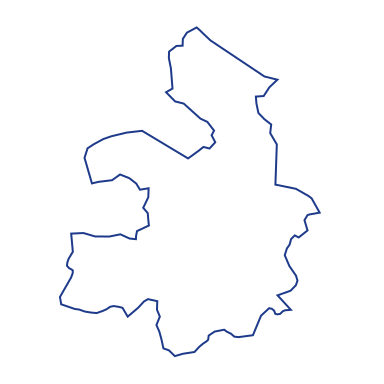 the border of Madona, rotated 272°
{"feature_id": "LVA-1087", "entity_name": "Madona", "entity_type": "Municipality", "adm_level": 1, "iso_a3": "LVA", "parent_name": "Latvia", "parent_adm1": "", "projection": "mercator", "projection_center": [26.234, 56.844], "detail": "fine", "context": "isolated", "style": "outline", "palette": "blue", "viewbox_px": 384, "rotation_deg": 272, "n_neighbors": 0, "source": "natural_earth", "source_scale": "10m", "svg_char_len": 1831}
<svg xmlns="http://www.w3.org/2000/svg" viewBox="0 0 384 384"><g transform="rotate(272 192 192)"><path d="M356.6,190.9L354.0,194.1L349.8,198.7L344.1,205.2L310.0,260.3L307.2,273.4L299.4,265.7L290.4,260.3L289.6,252.5L282.7,253.3L273.3,255.6L267.3,261.8L262.2,268.8L253.6,268.1L242.5,275.1L202.3,275.1L198.8,295.8L192.0,308.7L189.8,311.8L175.8,320.3L173.8,310.8L173.0,308.3L167.8,305.4L157.6,308.8L150.3,300.2L152.2,296.2L148.4,292.7L142.6,291.3L138.9,288.8L132.0,286.9L121.4,291.9L112.1,298.8L107.1,300.5L102.5,299.1L96.8,294.0L91.7,281.1L77.7,294.9L77.0,288.9L75.8,286.7L73.3,284.4L72.7,281.5L73.2,279.5L76.3,278.2L78.0,276.0L78.6,273.2L70.8,265.3L51.0,257.9L48.6,243.7L48.9,239.4L51.8,235.8L53.5,231.9L55.5,229.0L53.3,219.5L49.1,213.7L44.9,213.3L43.3,211.8L40.8,208.3L37.7,204.8L32.2,200.1L30.0,188.5L27.4,180.6L33.0,174.4L34.7,168.9L43.7,166.6L51.4,164.2L57.8,161.1L66.3,164.2L73.2,161.1L81.7,161.1L83.4,151.7L80.9,147.8L74.5,142.3L65.2,132.1L73.8,126.6L74.6,123.2L75.3,117.7L74.4,114.1L71.9,110.8L70.1,107.1L67.7,101.0L68.0,95.3L68.8,89.0L70.6,83.3L71.0,79.0L75.2,65.2L82.5,63.7L102.4,74.2L106.7,75.6L109.5,75.6L110.6,73.9L111.6,71.8L113.9,69.6L117.2,69.9L120.7,70.9L128.1,75.0L146.2,72.7L147.2,85.0L144.2,96.7L144.6,110.9L147.2,121.9L143.3,131.3L142.9,137.6L145.9,137.6L151.0,138.4L157.0,150.1L162.5,149.3L169.4,148.5L174.5,143.8L185.2,148.5L194.2,148.5L192.5,139.9L198.5,136.0L203.6,128.9L207.0,119.5L201.0,111.7L198.9,98.3L197.1,91.7L222.4,83.4L232.0,86.1L236.2,92.0L241.8,101.5L244.9,109.5L249.1,124.7L251.4,140.0L225.4,186.9L234.0,197.9L237.4,201.8L236.1,208.0L242.5,213.5L249.4,209.6L254.1,211.9L262.6,204.9L265.6,197.9L280.1,180.6L281.9,172.0L290.8,162.6L294.7,168.9L314.8,166.6L325.0,164.2L331.5,164.2L337.4,171.3L337.9,177.5L344.7,177.5L351.1,181.4L356.6,190.9Z" fill="none" stroke="#1e3a8a" stroke-width="2"/></g></svg>